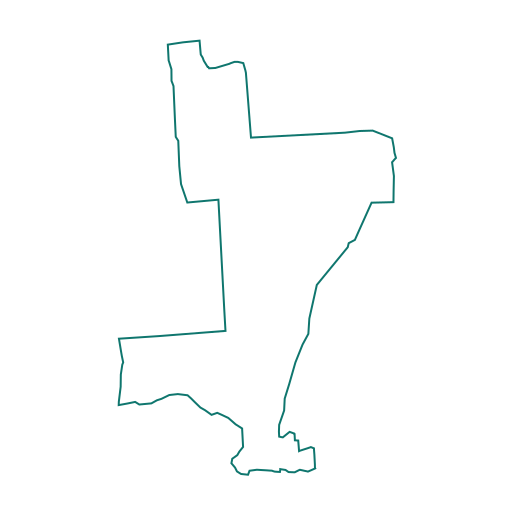 the district of Gorogly, Tashauz, Turkmenistan, rotated 177°
{"feature_id": "10190150B22032040795574", "entity_name": "Gorogly", "entity_type": "district", "adm_level": 2, "iso_a3": "TKM", "parent_name": "Turkmenistan", "parent_adm1": "Tashauz", "projection": "equal_earth", "projection_center": [59.965, 40.525], "detail": "fine", "context": "isolated", "style": "outline", "palette": "teal", "viewbox_px": 512, "rotation_deg": 177, "n_neighbors": 0, "source": "geoboundaries", "source_scale": "gbopen_adm2", "svg_char_len": 2185}
<svg xmlns="http://www.w3.org/2000/svg" viewBox="0 0 512 512"><g transform="rotate(177 256 256)"><path d="M283.5,39.9L282.3,39.1L275.4,38.0L273.8,41.7L273.7,41.9L266.3,42.5L262.0,42.0L261.1,41.9L256.6,41.4L253.4,41.0L251.4,40.8L250.0,40.2L248.6,39.7L245.4,39.3L244.4,39.2L243.4,39.1L242.9,41.6L242.9,41.9L241.6,41.6L237.7,40.8L234.9,38.6L234.5,38.5L229.0,38.0L228.6,38.0L224.5,39.8L223.4,40.2L220.0,39.3L219.4,39.1L216.0,38.2L215.5,38.0L215.4,38.0L212.4,39.1L209.0,40.4L208.2,40.7L208.0,40.8L208.2,41.2L208.2,42.2L208.1,44.5L208.1,49.2L208.1,54.5L208.2,58.6L208.2,60.3L208.2,60.9L209.1,61.3L211.2,62.3L211.4,62.2L214.6,61.3L218.4,60.3L222.5,59.2L223.2,58.9L223.5,69.5L226.8,69.9L226.8,76.1L227.1,76.2L227.1,76.7L227.2,76.8L227.6,76.9L231.6,78.6L232.5,78.0L237.3,74.5L238.7,73.5L240.1,73.8L242.3,74.4L242.3,74.5L242.3,79.4L241.7,86.2L236.0,100.2L234.8,112.1L229.6,126.2L222.2,147.7L214.1,165.2L207.8,175.5L206.0,190.8L197.4,221.7L196.8,223.9L188.8,232.7L163.9,260.0L162.8,263.8L162.7,264.0L160.3,265.1L156.4,266.9L152.4,274.8L137.8,303.2L116.8,302.6L115.9,302.6L115.2,313.4L114.1,328.6L114.4,332.5L115.2,342.5L113.9,343.8L112.7,345.1L111.1,346.6L112.3,351.8L112.7,357.4L113.9,366.4L132.9,375.1L145.9,375.4L160.7,374.5L254.8,374.5L256.5,439.5L256.9,441.9L258.6,449.3L263.9,450.8L267.3,451.0L271.8,449.7L272.2,449.4L279.7,447.6L286.7,445.9L293.0,445.9L293.8,447.3L294.4,447.3L297.9,453.7L298.9,456.9L300.6,460.0L300.7,462.0L301.1,474.0L317.7,473.2L333.0,471.7L333.0,455.8L332.7,454.8L330.7,447.0L330.9,442.1L331.2,435.3L330.5,433.2L329.5,430.0L329.8,397.7L329.9,379.2L329.2,377.9L327.6,375.1L327.9,349.7L327.1,331.7L321.8,313.0L290.6,314.2L290.5,204.5L290.4,182.8L357.0,181.1L395.6,180.6L397.2,180.6L395.7,167.2L395.2,163.1L394.2,156.7L395.2,154.5L397.2,144.7L398.0,132.5L400.6,117.7L400.9,114.3L392.3,115.4L384.3,116.6L380.3,113.8L368.2,114.3L362.5,117.1L357.9,118.3L349.9,121.7L341.3,122.2L331.6,120.5L328.2,117.1L324.7,113.2L319.5,107.6L315.0,104.7L308.7,99.7L302.9,101.4L298.4,99.1L292.1,95.7L285.2,89.0L278.9,84.5L278.9,77.2L278.9,71.6L278.9,66.0L282.9,61.5L285.1,58.1L290.3,54.8L291.4,50.3L288.0,45.8L286.3,41.9L283.5,39.9Z" fill="none" stroke="#0f766e" stroke-width="2"/></g></svg>